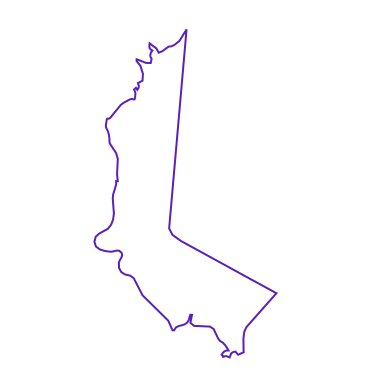 the border of Mindoro Oriental, rotated 185°
{"feature_id": "PHL-2571", "entity_name": "Mindoro Oriental", "entity_type": "Province", "adm_level": 1, "iso_a3": "PHL", "parent_name": "Philippines", "parent_adm1": "", "projection": "mercator", "projection_center": [121.298, 12.875], "detail": "fine", "context": "isolated", "style": "outline", "palette": "violet", "viewbox_px": 384, "rotation_deg": 185, "n_neighbors": 0, "source": "natural_earth", "source_scale": "10m", "svg_char_len": 1692}
<svg xmlns="http://www.w3.org/2000/svg" viewBox="0 0 384 384"><g transform="rotate(185 192 192)"><path d="M126.5,36.9L131.8,33.9L134.9,36.8L136.9,36.2L138.8,34.8L140.1,30.5L143.5,31.5L144.6,31.3L146.7,30.5L147.0,31.5L148.3,32.4L147.2,34.5L145.8,36.1L144.1,37.0L141.8,37.3L143.2,39.4L145.6,42.3L148.4,44.8L150.9,45.9L153.0,48.0L158.5,57.4L162.4,59.5L178.2,58.8L182.2,61.5L181.3,69.6L182.9,69.6L183.4,68.1L184.0,64.3L184.6,62.9L185.6,61.4L186.0,60.9L187.8,59.5L190.3,58.4L193.3,57.4L196.1,55.8L197.8,52.6L199.4,52.6L204.4,61.7L232.3,84.8L242.5,101.0L246.3,103.3L251.5,104.0L255.5,106.1L258.0,109.8L258.7,115.1L258.0,117.7L256.7,120.3L256.0,122.9L256.9,125.4L259.6,127.2L262.4,127.0L265.1,126.0L267.7,125.4L273.3,125.6L278.7,126.7L282.9,129.3L284.9,134.0L284.0,139.1L280.8,142.5L272.6,148.0L269.7,152.4L268.2,157.8L267.9,163.7L270.4,178.8L270.3,182.8L268.2,192.9L268.5,196.3L266.9,196.3L268.2,203.1L268.8,218.5L271.0,224.2L277.6,232.5L278.5,234.2L278.8,237.3L279.6,241.3L281.0,245.1L283.4,249.1L283.6,250.9L283.2,257.2L282.5,257.8L281.4,257.7L280.0,258.6L270.6,272.5L267.8,275.0L261.8,278.9L260.0,279.5L258.4,279.1L257.3,279.3L256.9,281.5L257.0,285.6L257.6,287.2L258.7,289.0L256.9,290.9L255.4,289.0L254.5,290.7L254.1,292.0L254.3,293.4L255.4,295.7L251.0,298.6L251.2,305.5L254.3,313.1L258.7,317.7L258.7,319.4L249.0,316.6L244.4,316.9L243.8,321.2L245.1,322.8L245.5,324.8L245.1,327.2L243.8,329.5L245.9,330.6L246.9,331.9L247.2,333.7L247.2,336.4L240.0,331.9L237.3,327.9L233.8,329.7L228.1,334.7L225.0,335.4L222.1,337.2L217.7,341.4L211.6,353.5L211.6,153.7L207.8,147.7L198.9,142.3L99.1,98.5L126.1,62.0L127.8,57.0L128.0,50.6L126.8,38.4L126.5,36.9Z" fill="none" stroke="#5b21b6" stroke-width="2"/></g></svg>